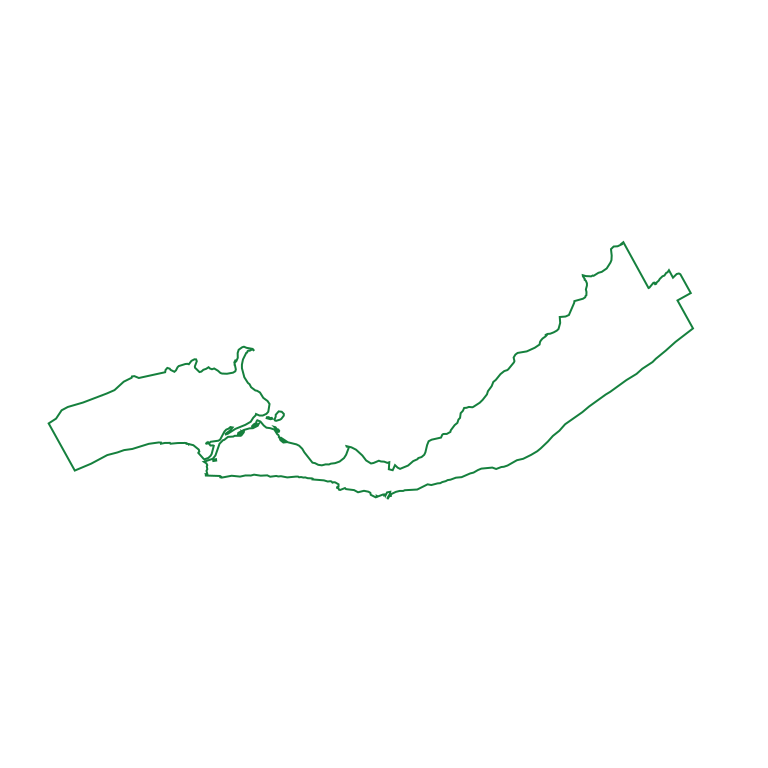 the district of Mandurah, Western Australia, Australia, rotated 241°
{"feature_id": "25037944B7523913669113", "entity_name": "Mandurah", "entity_type": "district", "adm_level": 2, "iso_a3": "AUS", "parent_name": "Australia", "parent_adm1": "Western Australia", "projection": "natural_earth1", "projection_center": [115.702, -32.629], "detail": "fine", "context": "isolated", "style": "outline", "palette": "green", "viewbox_px": 768, "rotation_deg": 241, "n_neighbors": 0, "source": "geoboundaries", "source_scale": "gbopen_adm2", "svg_char_len": 6163}
<svg xmlns="http://www.w3.org/2000/svg" viewBox="0 0 768 768"><g transform="rotate(241 384 384)"><path d="M392.0,662.1L391.5,659.4L390.9,659.6L391.2,655.1L392.9,651.5L391.9,647.9L385.9,645.4L382.1,643.0L380.4,640.9L377.1,634.8L376.5,628.8L377.3,625.5L377.0,619.8L377.7,619.1L377.7,617.4L380.5,612.9L382.8,610.6L381.8,610.2L378.5,610.5L377.9,610.0L376.5,610.6L373.7,610.3L371.7,609.2L368.8,606.4L366.3,605.7L363.5,604.0L363.3,603.0L362.3,602.0L362.1,599.4L364.2,590.7L362.8,589.7L354.7,579.2L355.0,575.5L357.4,570.2L352.0,567.7L347.5,563.3L346.9,561.0L346.9,557.5L347.4,553.8L348.5,551.3L348.6,549.2L348.0,548.9L348.1,550.8L347.3,548.4L346.9,544.7L346.0,542.3L345.1,540.8L343.1,539.2L342.6,533.4L343.3,524.7L346.4,515.9L346.0,513.1L344.3,510.2L340.8,509.2L339.9,508.1L336.6,499.8L336.4,498.5L337.0,495.5L336.2,490.7L333.4,483.8L332.8,480.6L329.9,477.1L327.3,471.4L325.0,469.0L322.3,462.6L321.2,458.6L320.7,451.1L320.8,450.0L322.8,447.1L323.2,444.6L324.2,442.5L322.3,440.0L321.3,436.9L317.5,434.1L316.8,431.9L314.4,429.3L313.8,425.9L311.1,419.9L309.9,418.8L309.9,414.7L311.5,411.7L311.4,410.4L309.5,407.9L312.2,398.7L312.3,395.3L309.7,392.1L304.2,387.1L302.6,384.9L301.9,381.4L302.6,378.1L302.0,376.8L302.4,372.2L301.0,365.5L302.0,356.9L304.2,355.4L307.7,354.3L304.4,349.8L307.1,346.9L313.0,350.7L313.4,348.7L316.0,346.5L317.7,343.8L319.4,342.3L320.0,336.5L320.8,334.1L325.8,331.3L332.0,330.4L340.1,327.7L344.4,324.8L347.8,321.1L347.3,321.0L346.4,322.3L345.3,322.2L340.5,316.6L338.6,313.1L337.7,307.6L338.5,302.8L340.1,298.9L340.3,296.9L342.0,294.0L343.0,290.2L345.2,287.3L348.2,285.3L349.9,283.3L362.9,281.2L367.0,281.1L371.1,279.9L373.6,278.2L379.6,271.7L387.0,267.8L387.3,266.8L383.2,268.7L382.1,268.4L381.1,270.1L380.5,270.3L381.6,267.6L385.1,266.2L390.7,266.9L391.8,266.3L397.4,266.0L400.6,263.0L402.8,260.0L406.0,258.7L411.1,257.7L413.7,255.6L413.1,254.3L411.9,253.4L411.8,250.4L411.0,248.1L410.6,248.1L410.7,248.7L409.7,250.5L410.2,252.7L410.0,255.3L408.7,253.3L408.9,247.9L410.4,244.9L411.7,239.3L411.9,232.9L410.9,232.0L409.9,234.4L410.5,236.6L411.4,236.7L410.7,237.1L411.0,237.5L410.5,238.0L410.6,238.6L409.7,237.9L408.2,234.4L408.2,233.5L411.1,228.2L411.1,226.7L413.4,221.9L412.6,217.2L412.9,215.9L411.5,211.2L403.2,201.9L401.6,198.0L400.2,198.9L399.7,200.6L398.4,200.1L399.4,197.4L400.7,197.9L401.7,197.5L403.3,188.8L400.7,190.2L398.7,190.1L397.8,189.0L395.2,188.2L394.1,186.6L390.8,185.8L391.4,184.7L390.7,184.8L391.0,184.1L390.3,183.8L383.1,195.9L382.0,196.5L381.6,195.8L380.8,196.7L377.6,206.3L372.8,213.2L371.2,218.5L368.5,223.2L367.7,226.4L363.6,231.7L360.7,237.6L358.1,239.5L355.8,245.2L354.4,246.7L353.3,249.2L349.2,254.1L345.7,262.1L344.6,264.0L343.6,264.5L342.8,266.4L341.2,268.2L340.5,269.8L338.6,271.6L336.4,275.2L335.8,275.7L335.2,275.2L328.8,284.8L326.0,287.5L325.0,289.9L324.2,290.8L322.7,291.1L322.4,292.6L321.5,293.7L318.3,295.6L316.4,294.5L316.5,293.0L316.0,292.6L314.7,293.6L313.4,293.4L312.6,294.2L311.9,299.4L310.5,299.8L305.7,306.4L301.9,308.8L300.3,314.7L297.4,318.1L295.5,319.3L293.5,318.7L288.9,321.8L288.7,323.0L289.7,323.4L288.6,324.2L287.8,329.6L287.3,330.3L285.5,329.7L287.3,330.7L286.7,331.9L286.0,331.6L287.7,334.1L286.7,337.2L284.9,335.8L282.8,332.1L281.6,331.3L283.3,334.2L282.5,336.6L283.2,335.6L284.2,336.9L283.9,342.1L282.9,345.8L281.2,348.9L281.0,350.7L275.6,361.9L275.1,373.5L272.7,376.4L271.1,382.7L270.0,385.1L270.0,387.4L269.1,390.9L269.1,393.1L268.1,395.7L267.2,401.5L264.9,406.7L264.0,416.0L263.1,419.4L263.2,424.4L262.8,428.1L258.4,438.2L255.3,440.9L254.5,446.4L253.5,448.7L252.8,452.5L252.9,463.3L251.1,469.5L250.7,478.3L250.9,485.4L251.7,489.8L254.2,499.4L256.7,506.5L258.1,514.7L261.0,522.9L263.2,543.8L264.9,552.5L267.3,572.8L267.5,578.1L269.9,597.9L270.4,609.8L272.1,617.3L273.0,629.5L274.3,634.0L276.6,646.6L279.5,659.3L282.8,681.2L314.8,681.2L314.8,696.4L336.3,696.4L337.7,695.5L338.3,693.3L336.9,688.3L345.4,688.4L344.2,686.1L344.4,684.8L342.9,681.8L343.2,679.8L342.2,676.1L341.2,674.4L340.6,671.6L339.7,670.7L339.8,669.5L340.3,669.4L340.5,670.2L341.5,669.8L341.9,668.7L339.6,662.8L339.7,661.9L392.0,662.1ZM458.2,71.6L456.3,89.2L456.0,107.5L453.4,117.6L452.2,124.6L449.2,132.4L445.7,149.3L442.1,158.6L440.9,160.5L439.9,160.0L438.7,163.7L436.3,168.2L435.3,168.3L432.4,174.9L428.9,181.4L428.0,182.6L427.4,182.3L426.2,184.1L425.7,184.0L425.7,184.6L422.9,187.6L416.4,190.2L414.4,189.7L414.0,188.3L414.6,188.0L405.3,190.1L405.3,189.7L404.5,194.5L405.3,197.6L406.4,199.4L412.5,205.2L413.2,204.7L414.3,202.4L417.2,201.9L417.9,199.7L418.3,199.7L418.6,200.8L418.1,201.3L418.4,201.9L417.0,202.5L417.5,204.4L414.7,211.7L414.8,213.7L419.8,221.4L420.6,223.9L420.3,226.4L420.8,228.8L419.4,230.5L417.9,226.6L417.4,222.3L417.1,221.3L416.6,221.2L416.2,223.3L416.8,232.2L415.5,242.9L415.6,249.1L417.9,253.3L418.8,256.5L419.8,257.5L416.8,259.8L415.2,262.6L414.9,266.7L415.8,269.3L422.0,274.2L425.6,273.9L430.4,271.7L436.7,271.4L439.6,269.7L440.8,268.3L445.6,266.2L449.0,266.3L450.9,265.5L457.6,265.1L466.7,267.4L469.8,269.1L473.8,272.5L478.0,278.6L477.9,279.6L478.8,280.5L479.0,281.4L478.2,282.7L478.2,285.7L476.0,286.5L477.1,286.4L478.4,286.1L482.3,281.3L484.5,279.6L484.9,277.8L484.4,273.5L482.0,271.0L477.8,268.8L475.7,266.1L475.1,264.3L477.2,266.2L475.5,263.6L468.6,261.5L467.2,260.1L467.1,257.5L469.1,251.6L471.6,247.5L472.9,246.3L476.1,245.2L479.9,243.0L480.3,240.7L481.9,239.3L483.7,238.7L483.5,235.8L484.0,232.9L483.4,230.3L483.9,228.4L489.9,226.6L491.1,227.1L494.7,231.3L496.6,231.6L497.5,230.2L497.6,226.8L495.9,222.9L497.0,221.8L497.8,219.9L499.2,213.1L498.7,211.5L496.8,208.7L496.3,206.6L499.8,204.2L501.3,204.0L503.1,202.3L502.2,199.8L500.4,198.3L508.1,172.5L511.9,169.5L512.8,167.2L511.8,166.3L512.2,157.5L509.3,145.3L510.1,136.9L513.7,111.8L517.2,96.3L517.3,89.3L512.7,80.4L512.1,71.6L458.2,71.6ZM403.3,277.3L404.9,281.0L406.4,281.9L409.3,281.1L411.1,278.6L409.6,274.4L407.9,273.4L406.0,271.0L404.9,271.0L404.1,271.8L403.2,275.9L403.3,277.3ZM411.7,265.5L411.0,264.8L408.2,267.7L407.7,269.5L408.8,269.4L409.5,267.6L410.9,267.1L411.7,265.5ZM393.2,268.8L393.8,269.6L395.4,269.5L396.5,268.4L398.8,268.1L399.6,267.3L397.4,267.8L393.7,267.7L393.2,268.8Z" fill="none" stroke="#15803d" stroke-width="2"/></g></svg>